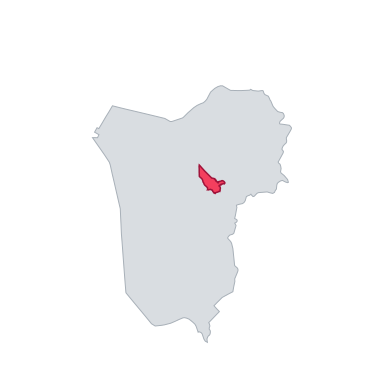 location of Balad, Sala ad-Din, Iraq, rotated 45°
{"feature_id": "34846034B72296099204368", "entity_name": "Balad", "entity_type": "district", "adm_level": 2, "iso_a3": "IRQ", "parent_name": "Iraq", "parent_adm1": "Sala ad-Din", "projection": "natural_earth1", "projection_center": [44.1, 33.939], "detail": "fine", "context": "in_parent", "style": "filled", "palette": "rose", "viewbox_px": 384, "rotation_deg": 45, "n_neighbors": 0, "source": "geoboundaries", "source_scale": "gbopen_adm2", "svg_char_len": 5340}
<svg xmlns="http://www.w3.org/2000/svg" viewBox="0 0 384 384"><g transform="rotate(45 192 192)"><path d="M160.9,77.9L163.2,77.3L167.5,73.8L170.0,70.5L170.8,70.2L173.0,71.3L174.6,71.6L178.2,70.3L180.4,71.0L182.2,71.8L183.3,71.9L188.2,73.9L189.4,74.2L191.9,74.4L195.7,74.5L198.1,73.2L199.9,71.9L201.1,71.9L202.2,72.3L203.2,72.8L204.1,73.8L204.5,75.2L204.3,79.6L204.7,80.7L205.3,81.6L206.2,81.7L207.2,80.8L209.0,79.4L211.2,77.8L212.9,76.5L213.8,75.9L215.3,76.0L216.7,76.2L217.5,76.9L217.6,77.1L218.3,79.2L220.3,86.9L221.4,87.9L222.7,88.8L223.6,89.9L223.9,91.1L223.8,92.8L223.9,94.9L224.4,96.5L225.1,97.8L225.8,98.4L226.8,98.4L228.0,98.7L228.8,99.9L231.4,108.7L231.7,109.9L232.8,110.3L234.6,110.1L236.4,111.0L238.4,112.4L240.3,115.1L241.5,115.6L245.4,115.2L250.8,115.6L253.3,117.0L253.0,117.8L251.1,118.8L247.7,119.9L246.7,121.8L246.2,124.3L246.3,125.7L247.1,127.2L249.6,130.2L249.7,131.3L250.1,132.8L250.6,133.9L250.1,135.9L247.9,137.3L245.1,138.8L239.4,145.5L238.9,147.0L239.0,151.0L238.4,152.1L236.6,152.1L235.2,151.9L235.1,153.3L234.2,155.1L233.7,156.8L235.8,160.6L236.2,162.6L235.9,164.5L233.9,167.6L232.8,169.8L233.1,170.3L234.6,171.1L239.4,178.1L240.9,180.6L243.0,179.9L243.7,180.0L244.3,180.4L244.7,181.2L244.7,182.3L244.2,183.8L246.8,184.5L247.7,186.1L250.7,191.5L250.6,193.1L249.2,195.7L249.2,197.4L249.5,199.0L250.0,199.5L254.4,199.7L256.3,200.3L260.9,203.1L266.2,207.4L270.5,210.9L274.2,213.9L278.1,213.7L279.2,214.2L280.2,215.2L281.3,217.6L283.6,223.2L285.6,225.0L288.5,229.5L291.4,233.6L289.6,239.3L287.9,245.2L287.9,252.8L288.0,256.9L291.7,257.1L295.9,257.2L296.0,262.1L296.1,267.0L296.2,272.6L297.4,272.9L299.4,274.1L300.3,275.9L301.3,276.9L302.6,277.0L303.9,277.9L305.1,279.5L305.6,280.8L305.3,281.6L305.5,283.1L306.4,285.2L307.5,286.2L309.2,287.4L306.9,288.1L304.5,287.6L299.4,285.1L297.7,285.0L295.5,286.0L295.5,286.8L290.0,284.1L288.0,283.5L287.3,283.4L284.2,283.5L279.8,284.0L277.2,285.1L275.4,286.3L274.6,287.4L274.3,288.1L272.9,291.5L271.3,295.9L269.7,299.9L266.4,305.5L264.6,308.0L260.7,312.8L256.5,313.8L246.6,312.8L235.7,311.8L224.9,310.8L216.8,310.0L216.2,309.7L208.2,302.9L201.9,297.5L194.0,290.7L186.0,283.8L177.9,276.8L172.0,271.8L164.8,265.2L158.3,259.3L153.2,254.6L146.6,250.5L141.5,247.3L134.0,242.6L128.1,238.9L122.9,235.7L115.1,230.7L112.5,229.4L104.3,227.7L96.6,226.3L88.6,224.9L83.2,223.9L86.8,220.4L85.7,217.3L83.2,217.9L80.8,218.6L79.4,213.7L81.3,213.1L79.7,206.7L78.0,200.2L76.5,193.8L74.8,187.3L81.7,183.2L86.8,180.1L93.9,175.7L100.7,171.5L107.2,167.5L114.4,163.1L120.8,159.2L126.7,157.6L127.9,156.4L130.6,151.0L132.9,146.4L133.1,145.3L133.1,138.8L133.6,131.2L134.4,127.1L135.7,123.5L136.9,120.9L137.1,118.4L136.9,115.9L135.7,112.1L134.5,108.2L134.7,104.4L134.9,102.4L135.8,99.1L137.1,96.7L138.6,95.3L144.2,93.8L147.4,92.9L151.8,88.7L154.4,86.2L158.1,82.2L160.7,79.3L160.9,78.3L160.9,77.9Z" fill="#d9dde1" stroke="#a8b0b8" stroke-width="1"/><path d="M201.4,179.5L201.6,179.3L201.7,179.2L201.9,179.0L202.1,178.8L202.2,178.7L202.3,178.7L202.4,178.4L202.5,178.1L202.9,177.6L203.0,177.4L203.2,177.1L203.4,176.9L203.7,176.8L203.8,176.8L204.0,176.9L204.3,176.8L204.5,176.7L204.7,176.4L204.9,176.4L205.1,176.4L205.3,176.4L205.5,176.5L205.9,176.7L206.0,176.7L206.2,176.8L206.4,176.9L206.6,176.9L206.8,176.9L207.1,176.9L207.3,176.9L207.9,177.2L208.0,177.1L208.2,176.7L208.3,176.6L208.6,176.5L208.8,176.3L208.9,176.6L209.0,176.8L209.4,176.7L209.4,176.4L209.4,176.1L209.4,175.5L209.5,175.0L209.6,174.9L210.0,174.3L210.3,173.8L210.4,173.7L210.4,173.4L210.4,173.2L210.5,172.9L210.5,172.7L210.7,172.4L210.9,172.3L211.3,172.0L211.1,171.6L210.9,171.1L210.6,170.9L210.3,170.7L210.2,170.5L210.0,170.2L209.9,169.9L209.6,169.6L209.5,169.4L209.2,169.1L208.6,168.7L208.4,168.6L208.0,168.6L207.8,168.6L207.3,168.6L206.8,168.6L206.6,168.1L207.1,167.7L207.0,167.4L206.9,167.1L206.9,166.6L207.4,166.6L207.6,166.2L207.5,165.9L207.5,165.5L207.5,165.1L207.8,165.0L207.9,164.9L208.0,164.7L208.0,164.3L208.0,164.1L208.2,163.9L208.9,163.5L209.0,163.5L209.0,163.1L209.0,162.9L209.0,162.6L208.9,162.5L208.7,162.3L208.5,162.1L207.8,162.0L207.3,162.0L206.9,162.0L206.4,162.1L206.0,162.2L205.8,162.3L205.7,162.3L205.3,162.7L205.0,163.0L204.9,163.5L204.7,163.9L204.2,164.7L203.8,165.3L203.5,165.9L203.4,166.0L203.7,166.3L203.9,166.5L204.0,166.8L204.0,167.1L203.9,167.1L203.7,167.0L203.7,166.9L203.5,167.0L203.4,167.1L203.2,167.2L202.9,166.9L202.7,167.0L202.3,167.1L202.0,167.1L201.8,167.1L201.7,167.0L201.5,166.9L201.4,166.9L201.2,166.9L201.2,167.0L201.0,167.3L200.8,167.2L200.7,167.2L200.3,167.1L200.2,167.0L200.2,166.9L200.1,166.6L199.9,166.6L199.7,166.7L199.6,166.8L199.4,166.9L199.3,166.7L199.1,166.7L198.9,166.6L198.6,166.5L198.2,167.0L197.8,167.1L197.5,167.2L197.3,167.4L197.1,167.5L196.8,167.7L196.4,167.9L196.3,168.0L196.1,168.2L195.7,168.2L188.9,168.2L186.8,168.2L186.0,168.2L180.5,167.9L179.3,167.8L178.1,167.8L178.5,168.3L178.8,168.8L179.0,168.9L179.3,169.2L179.5,169.4L179.7,169.6L180.6,170.4L181.7,171.5L182.4,172.2L183.1,172.9L183.4,173.2L183.8,173.5L185.1,174.8L186.2,175.8L187.9,175.8L188.2,175.7L188.8,175.7L189.4,175.7L189.8,175.7L190.4,175.9L190.6,175.9L191.0,176.1L192.3,176.8L192.7,177.1L193.1,177.2L193.5,177.2L194.0,177.4L194.9,177.8L195.3,178.0L196.1,178.1L196.8,178.1L197.6,178.0L199.1,178.0L199.9,178.0L200.6,178.6L201.3,179.1L201.4,179.5L201.4,179.5Z" fill="#f43f5e" stroke="#9f1239" stroke-width="1.5"/></g></svg>